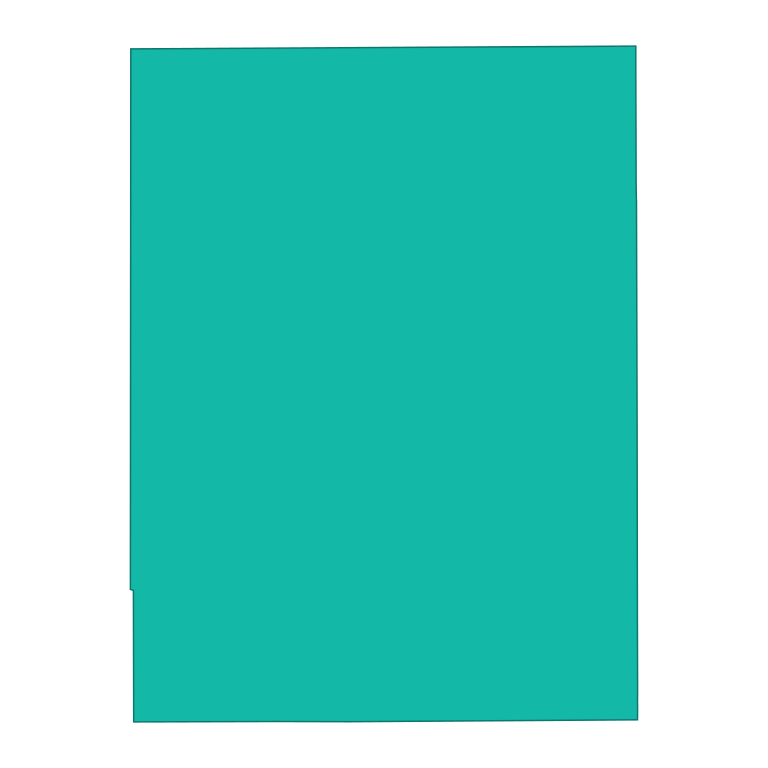 Niobrara, Wyoming, United States of America
{"feature_id": "52423323B65345552187242", "entity_name": "Niobrara", "entity_type": "district", "adm_level": 2, "iso_a3": "USA", "parent_name": "United States of America", "parent_adm1": "Wyoming", "projection": "natural_earth1", "projection_center": [-104.247, 43.056], "detail": "fine", "context": "isolated", "style": "filled", "palette": "teal", "viewbox_px": 768, "rotation_deg": 0, "n_neighbors": 0, "source": "geoboundaries", "source_scale": "gbopen_adm2", "svg_char_len": 403}
<svg xmlns="http://www.w3.org/2000/svg" viewBox="0 0 768 768"><path d="M635.8,46.1L130.8,48.9L130.4,589.4L133.4,590.4L133.7,721.9L275.8,721.5L350.1,721.7L637.5,719.8L637.6,705.3L637.5,703.0L637.6,690.8L637.4,615.3L637.4,611.8L637.1,425.8L636.5,207.3L636.5,201.8L636.3,196.3L636.1,180.0L636.0,130.9L635.9,102.3L635.8,65.3L635.8,46.3L635.8,46.1Z" fill="#14b8a6" stroke="#0f766e" stroke-width="1.5"/></svg>